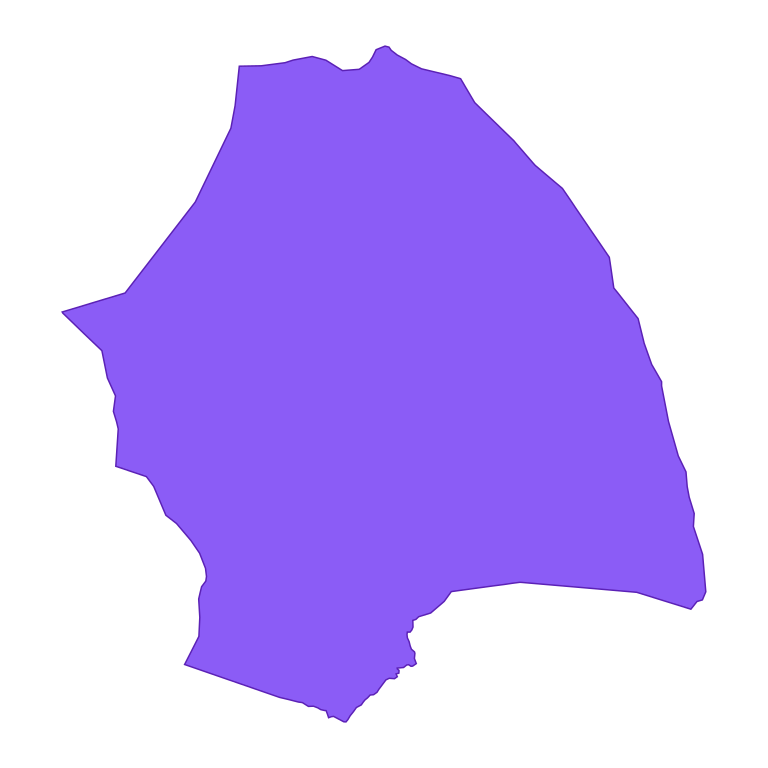 outline of Akwanga, Nassarawa, Nigeria
{"feature_id": "59680162B44141715713069", "entity_name": "Akwanga", "entity_type": "district", "adm_level": 2, "iso_a3": "NGA", "parent_name": "Nigeria", "parent_adm1": "Nassarawa", "projection": "albers", "projection_center": [8.354, 9.0], "detail": "fine", "context": "isolated", "style": "filled", "palette": "violet", "viewbox_px": 768, "rotation_deg": 0, "n_neighbors": 0, "source": "geoboundaries", "source_scale": "gbopen_adm2", "svg_char_len": 2216}
<svg xmlns="http://www.w3.org/2000/svg" viewBox="0 0 768 768"><path d="M62.2,312.0L62.8,313.1L84.0,333.6L101.9,350.7L107.4,378.0L115.5,395.9L113.4,411.4L116.6,421.9L118.3,429.2L118.2,429.5L115.8,466.3L146.4,476.6L153.7,486.4L165.9,515.3L176.5,523.5L190.9,540.5L199.6,553.2L205.5,568.3L206.5,576.5L205.8,581.1L201.6,586.7L200.2,592.4L198.7,599.0L199.8,617.4L198.9,636.4L191.7,650.6L184.6,664.5L279.6,697.4L288.9,699.6L298.2,702.0L302.4,702.6L308.4,706.4L313.5,706.2L317.9,707.9L320.7,709.6L324.5,710.5L326.1,710.6L327.6,714.6L328.6,717.7L331.3,716.7L333.6,716.4L343.8,721.8L346.0,721.9L347.9,719.6L350.2,715.7L353.5,711.6L356.4,707.5L361.3,704.9L363.0,702.4L365.0,699.9L367.5,697.9L370.2,695.0L373.6,694.7L377.0,692.3L378.8,689.4L382.7,684.2L385.9,679.9L389.2,678.3L394.5,678.7L397.3,676.7L396.1,673.9L397.4,673.5L398.8,673.2L399.0,671.7L399.0,670.3L397.4,669.1L397.2,668.1L403.6,667.5L406.7,665.0L408.6,664.7L411.0,666.3L412.7,666.1L416.3,663.6L414.4,658.5L414.7,655.6L414.9,653.4L414.5,651.9L411.4,649.2L410.2,646.0L409.1,641.6L407.4,637.9L407.0,634.6L407.3,632.1L410.1,632.1L411.8,630.0L413.0,627.1L412.9,622.9L412.8,620.4L415.9,619.4L418.7,616.7L430.7,613.0L444.2,601.4L451.3,591.6L461.4,590.2L492.4,586.0L504.0,584.5L512.8,583.2L519.9,582.3L521.6,582.4L590.6,588.3L636.7,592.3L690.9,609.2L697.0,601.5L702.4,599.9L705.8,591.8L702.6,554.3L693.4,526.5L694.2,513.5L689.2,497.2L687.2,486.6L686.0,471.9L678.3,456.0L668.5,421.5L661.6,386.0L661.6,381.7L655.7,371.4L651.7,364.5L644.1,343.1L643.4,340.1L638.1,318.6L631.1,309.8L622.5,298.9L618.2,293.4L613.8,288.0L610.1,262.5L609.3,257.3L605.0,251.0L601.5,245.8L596.9,239.1L595.0,236.3L590.1,229.2L589.4,228.1L579.0,212.9L575.6,207.9L572.1,202.6L562.4,188.4L554.4,181.7L545.8,174.4L535.2,165.4L532.7,162.6L524.2,152.8L523.9,152.4L515.7,143.0L514.0,140.9L504.6,131.8L485.4,113.1L474.7,102.6L468.3,91.8L464.7,85.7L464.2,84.8L460.6,78.7L450.6,75.8L421.5,68.8L411.4,63.8L405.6,59.5L397.2,55.0L391.2,50.3L389.0,47.1L385.0,46.1L376.1,49.7L372.5,57.1L369.0,62.4L359.2,69.3L342.5,70.6L325.9,60.2L312.2,56.5L293.1,60.1L285.1,62.7L261.2,65.8L239.3,66.2L235.1,105.7L230.9,128.2L195.3,202.0L125.1,293.0L94.3,302.3L62.2,312.0Z" fill="#8b5cf6" stroke="#5b21b6" stroke-width="1.5"/></svg>